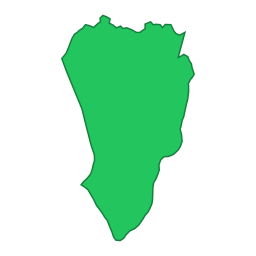 Conchal, São Paulo, Brazil
{"feature_id": "56859067B87062650378745", "entity_name": "Conchal", "entity_type": "district", "adm_level": 2, "iso_a3": "BRA", "parent_name": "Brazil", "parent_adm1": "São Paulo", "projection": "robinson", "projection_center": [-47.137, -22.383], "detail": "fine", "context": "isolated", "style": "filled", "palette": "green", "viewbox_px": 256, "rotation_deg": 0, "n_neighbors": 0, "source": "geoboundaries", "source_scale": "gbopen_adm2", "svg_char_len": 1511}
<svg xmlns="http://www.w3.org/2000/svg" viewBox="0 0 256 256"><path d="M81.1,184.8L84.1,186.7L87.9,189.6L91.6,195.9L93.8,199.7L96.6,205.6L101.1,211.4L103.1,214.5L104.8,217.3L107.2,220.3L108.6,223.8L109.9,227.1L112.0,232.2L113.6,236.9L115.8,240.1L120.2,240.6L123.6,238.3L126.0,234.8L129.8,230.9L134.7,228.6L138.6,225.2L142.8,219.2L145.3,215.1L147.8,212.3L149.8,208.6L151.7,204.3L152.4,200.8L152.6,197.5L152.9,187.2L153.8,182.4L155.8,179.2L157.4,175.4L159.3,169.9L158.9,165.0L160.7,159.8L163.8,156.8L168.7,156.4L173.6,154.3L176.0,152.1L178.3,149.8L180.3,146.6L182.1,141.4L181.5,134.7L180.2,129.3L181.3,124.8L182.1,120.6L183.8,116.4L184.9,111.1L186.3,104.6L187.7,99.3L188.1,95.5L188.6,92.0L188.6,88.1L188.4,83.4L190.4,79.6L192.5,77.1L194.2,74.1L193.1,71.0L192.0,67.4L191.4,63.9L189.2,60.4L187.8,56.7L183.8,54.4L181.0,56.2L178.2,57.4L184.9,32.4L179.7,35.2L176.0,33.6L174.0,31.2L170.9,24.7L165.3,24.5L162.5,27.6L160.2,24.7L156.3,24.3L153.2,24.7L150.5,21.8L145.1,24.1L145.1,28.8L142.6,30.4L140.0,32.4L136.3,32.4L132.0,29.9L126.7,27.8L122.8,28.5L120.6,26.1L116.4,27.9L113.2,25.2L109.2,23.1L110.1,18.9L106.9,17.0L102.9,15.4L100.1,18.1L100.4,21.8L97.6,23.8L93.6,27.5L89.6,25.7L85.5,24.7L82.7,28.2L79.3,30.4L77.0,32.6L74.5,34.2L72.0,38.5L70.5,42.3L68.8,46.9L66.2,53.2L61.8,58.6L66.3,70.7L68.2,75.4L76.0,94.4L77.8,98.7L79.0,101.6L82.1,109.3L84.6,119.6L90.7,143.6L92.4,149.0L94.4,155.1L94.5,160.5L93.0,165.6L92.2,169.5L90.7,173.9L87.4,178.1L83.5,181.8L81.1,184.8Z" fill="#22c55e" stroke="#15803d" stroke-width="1.5"/></svg>